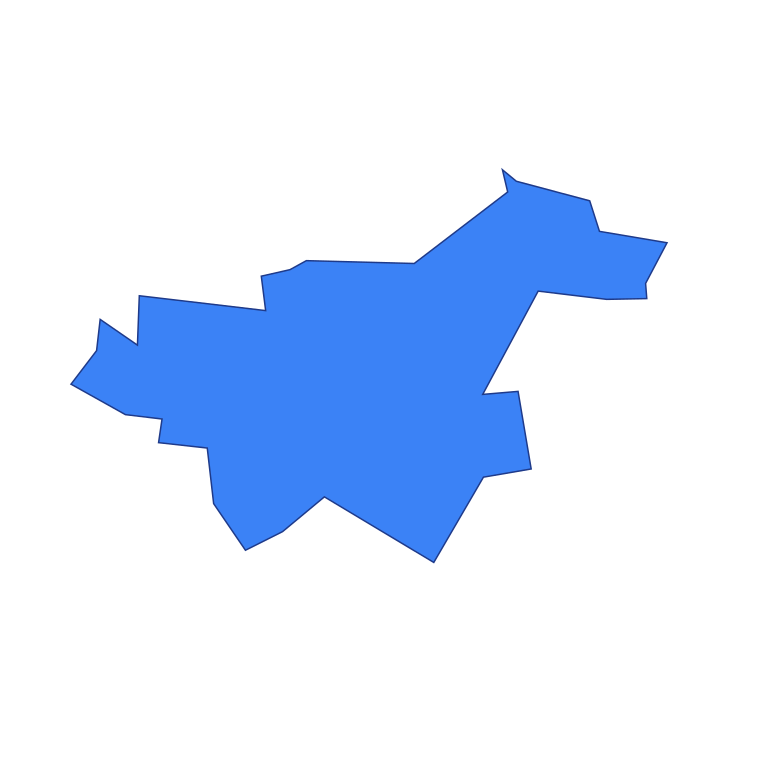 outline of Paxtakor, Jizzakh, Uzbekistan, rotated 78°
{"feature_id": "79887680B29992956990251", "entity_name": "Paxtakor", "entity_type": "district", "adm_level": 2, "iso_a3": "UZB", "parent_name": "Uzbekistan", "parent_adm1": "Jizzakh", "projection": "natural_earth1", "projection_center": [68.003, 40.317], "detail": "fine", "context": "isolated", "style": "filled", "palette": "blue", "viewbox_px": 768, "rotation_deg": 78, "n_neighbors": 0, "source": "geoboundaries", "source_scale": "gbopen_adm2", "svg_char_len": 577}
<svg xmlns="http://www.w3.org/2000/svg" viewBox="0 0 768 768"><g transform="rotate(78 384 384)"><path d="M319.1,690.2L360.2,643.3L372.1,608.4L394.5,616.7L409.9,570.2L465.6,575.5L517.8,554.1L507.3,513.9L482.0,465.8L568.9,372.4L495.8,306.1L497.7,257.7L419.1,254.4L414.7,289.6L325.2,213.9L347.5,148.6L355.1,109.2L340.0,107.2L304.7,77.8L279.5,141.5L247.6,144.7L213.2,212.4L199.1,223.6L221.9,223.1L272.4,329.4L247.2,434.3L252.6,452.2L253.0,481.6L287.6,484.5L246.8,605.0L294.7,617.1L261.8,648.2L291.6,658.2L319.1,690.2Z" fill="#3b82f6" stroke="#1e3a8a" stroke-width="1.5"/></g></svg>